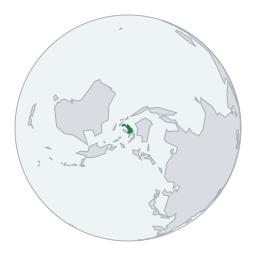 the Earth from above Sulawesi Selatan, rotated 141°
{"feature_id": "IDN-1236", "entity_name": "Sulawesi Selatan", "entity_type": "Province", "adm_level": 1, "iso_a3": "IDN", "parent_name": "Indonesia", "parent_adm1": "", "projection": "orthographic", "projection_center": [120.285, -4.627], "detail": "fine", "context": "on_globe", "style": "filled", "palette": "green", "viewbox_px": 256, "rotation_deg": 141, "n_neighbors": 0, "source": "natural_earth", "source_scale": "10m", "svg_char_len": 8721}
<svg xmlns="http://www.w3.org/2000/svg" viewBox="0 0 256 256"><g transform="rotate(141 128 128)"><circle cx="128" cy="128" r="113" fill="#eef3f6" stroke="#a8b0b8"/><path d="M221.5,154.7L221.3,155.5L221.2,155.6L221.5,154.7ZM188.6,33.0L190.3,34.2L191.3,35.3L187.8,32.6L186.4,31.7L188.6,33.0ZM185.6,31.2L185.2,31.1L182.9,29.8L181.4,29.1L178.7,27.6L176.9,26.5L175.1,25.7L174.9,25.7L172.0,24.5L172.6,24.6L167.7,22.7L165.9,21.9L176.0,26.1L185.6,31.2ZM234.0,90.7L233.1,88.2L233.8,89.7L234.0,90.7ZM232.4,86.7L232.7,87.6L232.4,86.9L232.4,86.7ZM232.1,86.3L232.3,86.6L232.2,86.5L232.1,86.3ZM231.8,86.0L232.0,86.1L231.8,86.0ZM231.0,84.7L230.8,84.3L230.8,84.1L231.0,84.7ZM181.7,29.2L182.4,29.7L181.3,29.2L181.7,29.2ZM176.1,26.6L174.1,25.8L175.9,26.4L176.1,26.6ZM172.8,25.2L167.9,23.6L169.1,24.3L162.9,21.6L169.1,23.6L171.0,24.2L171.2,24.4L172.8,25.2ZM160.3,20.5L158.8,20.0L160.0,20.3L160.3,20.5ZM31.5,69.9L38.1,60.2L37.9,60.4L44.5,52.4L45.3,52.2L46.7,50.6L49.2,47.6L52.5,44.6L50.5,46.3L57.5,40.1L65.1,34.6L73.0,29.7L81.4,25.5L84.0,24.3L83.6,24.5L87.9,22.7L87.9,22.8L85.1,23.9L90.7,22.0L91.8,22.0L93.2,21.6L94.5,21.0L95.0,21.7L96.0,21.4L96.3,21.0L98.5,20.1L102.7,18.9L102.6,19.2L101.1,19.7L97.9,21.3L93.9,22.8L94.3,22.8L97.7,21.7L101.7,19.6L104.2,18.9L102.8,19.6L103.5,19.3L104.7,19.0L105.9,19.2L107.7,18.3L121.4,16.4L125.0,16.9L122.2,17.5L131.7,17.8L135.1,19.0L135.3,18.6L140.0,18.8L139.0,18.4L139.5,18.2L151.1,19.6L153.8,20.5L159.0,21.2L157.4,20.5L162.9,21.6L169.1,24.3L168.6,24.5L172.8,26.4L170.9,26.6L171.3,28.0L166.7,27.6L167.5,29.0L169.1,29.6L171.2,32.3L170.2,36.1L164.0,30.0L164.2,25.4L163.5,26.8L161.5,25.7L160.0,25.9L159.7,27.2L160.9,27.8L149.6,27.4L144.7,31.3L150.1,31.9L152.8,34.0L152.0,40.8L138.9,49.3L142.4,53.6L142.1,56.1L138.0,57.1L138.3,53.4L134.8,51.6L135.6,49.5L129.2,50.4L130.0,47.6L124.6,50.0L125.9,52.5L131.2,52.5L126.2,56.3L130.7,61.3L130.4,66.9L120.0,76.2L110.7,78.7L109.9,80.6L106.7,78.2L101.6,81.8L107.2,93.3L106.8,96.6L98.9,102.5L98.9,100.0L90.2,93.7L88.0,101.6L94.6,108.6L96.9,116.7L91.6,114.0L89.4,106.9L86.3,104.4L87.5,97.4L85.7,87.3L80.4,89.1L81.2,85.1L77.9,77.2L70.4,79.8L58.4,90.5L56.1,101.0L52.3,105.8L49.1,91.1L50.5,81.4L47.6,82.5L45.8,75.0L37.7,75.5L38.1,73.2L36.2,74.6L35.2,72.6L36.4,68.9L35.0,69.5L32.3,79.3L33.9,78.8L37.4,74.5L36.1,78.2L37.3,81.2L30.5,91.1L21.0,101.4L22.7,93.7L28.9,74.6L30.2,72.3L30.3,72.1L30.5,71.6L28.4,75.4L29.8,72.9L31.5,69.9ZM50.2,46.5L49.0,47.8L48.2,48.5L50.2,46.5ZM29.7,73.0L24.3,85.0L22.1,91.1L20.8,101.9L20.3,103.2L20.7,105.4L25.0,101.5L24.5,104.1L20.8,117.0L17.1,135.8L19.1,147.4L21.4,157.6L22.3,165.3L25.6,173.1L26.6,176.4L28.9,180.9L31.6,186.1L33.7,189.6L29.5,182.6L25.8,175.3L22.6,167.7L20.0,160.0L18.0,152.1L16.5,144.0L15.6,135.9L15.4,127.8L15.7,119.6L16.6,111.5L18.1,103.4L20.1,95.5L22.8,87.8L26.0,80.3L29.7,73.0ZM43.6,57.2L45.8,57.2L49.4,51.9L50.6,51.6L51.3,50.0L49.6,51.5L52.3,47.4L54.9,45.8L57.0,43.7L56.3,43.6L51.1,47.3L47.3,53.1L44.8,55.4L43.6,57.2ZM36.5,62.4L36.8,62.0L35.8,63.3L36.5,62.4ZM69.9,208.5L72.2,209.9L71.0,210.1L69.9,208.5ZM26.0,154.5L30.2,173.0L28.8,173.5L26.3,168.3L23.1,157.2L24.0,153.7L23.8,148.5L26.0,154.5ZM125.4,137.7L128.9,138.5L128.8,139.0L125.4,137.7ZM121.8,135.5L125.7,136.0L121.1,136.7L121.8,135.5ZM127.3,136.2L131.3,135.5L133.1,134.8L132.8,135.9L127.3,136.2ZM119.1,135.4L104.8,134.4L99.2,132.7L100.5,130.8L109.5,131.7L119.1,135.4ZM100.0,130.7L91.6,124.9L80.6,109.1L84.5,109.4L96.1,119.1L95.4,120.7L100.5,125.2L100.0,130.7ZM120.7,121.8L119.9,126.8L111.9,125.8L108.3,124.8L105.9,118.3L107.2,115.1L110.2,115.4L121.8,105.5L125.8,108.4L122.2,112.6L125.5,117.1L120.7,121.8ZM56.5,102.0L58.1,108.3L56.1,109.4L56.5,102.0ZM126.8,98.5L122.0,102.7L126.5,97.0L126.8,98.5ZM129.7,93.1L129.9,95.4L128.1,93.0L129.7,93.1ZM109.6,83.6L106.5,83.9L106.5,82.4L110.5,81.0L109.6,83.6ZM130.1,71.8L129.6,76.1L128.8,77.6L127.7,74.8L130.1,71.8ZM106.8,17.6L101.2,18.8L97.1,19.8L94.9,20.6L95.6,20.2L101.8,18.5L106.8,17.6ZM119.6,16.4L121.5,16.1L122.3,16.2L122.0,16.3L119.6,16.4ZM119.6,16.2L118.8,16.0L120.9,15.8L121.1,16.0L119.6,16.2ZM194.9,197.3L195.9,198.8L192.7,201.8L188.3,204.6L184.4,204.7L194.9,197.3ZM163.5,199.4L163.4,194.9L168.0,195.4L166.1,199.0L163.5,199.4ZM197.9,195.3L200.8,192.0L201.9,187.0L201.5,191.7L203.8,192.9L196.9,198.8L197.9,195.3ZM146.4,179.1L124.4,185.1L119.5,183.6L120.5,180.2L115.8,169.3L117.4,169.6L116.1,162.6L129.1,157.3L138.3,146.8L145.7,148.3L151.1,141.0L158.8,142.5L156.6,148.6L164.6,154.0L169.9,140.5L174.9,156.8L180.8,163.5L182.5,174.2L172.3,190.0L166.4,192.4L165.2,190.4L162.8,191.9L158.9,190.4L156.6,184.3L154.2,185.7L156.5,181.7L153.0,185.0L150.9,181.1L146.4,179.1ZM201.1,160.4L202.3,161.2L204.1,164.6L202.3,163.5L201.1,160.4ZM218.5,156.9L219.0,158.4L217.9,158.3L218.5,156.9ZM221.2,155.6L219.8,155.6L221.5,154.7L221.2,155.6ZM207.1,152.8L207.7,153.9L207.2,154.2L207.1,152.8ZM206.7,152.3L207.4,150.9L207.3,152.5L206.7,152.3ZM201.2,142.4L201.9,141.8L202.2,142.5L201.2,142.4ZM134.1,139.0L139.0,135.5L141.7,135.5L134.1,139.0ZM200.2,140.4L198.4,139.9L198.6,139.1L200.2,140.4ZM200.3,138.6L200.1,137.4L201.2,140.3L200.3,138.6ZM196.9,135.2L199.1,137.7L196.7,135.4L196.9,135.2ZM195.6,135.2L194.1,133.9L194.2,133.6L195.6,135.2ZM178.2,133.1L184.0,140.9L179.4,139.8L174.2,134.7L170.3,137.9L161.2,135.8L163.2,133.8L162.0,129.9L152.7,127.2L150.8,124.6L154.1,123.5L148.0,120.9L154.7,120.7L157.4,125.8L161.2,122.7L167.8,124.6L174.2,127.3L179.5,131.9L178.2,133.1ZM154.8,131.2L155.9,131.4L154.9,132.7L154.8,131.2ZM191.1,130.6L193.4,133.5L193.1,134.0L192.0,133.4L191.1,130.6ZM180.7,131.3L186.3,128.4L187.6,128.8L183.9,132.5L180.7,131.3ZM184.9,125.5L187.5,126.6L188.9,129.2L188.4,129.7L184.9,125.5ZM141.2,125.1L140.9,126.4L139.2,125.2L141.2,125.1ZM143.4,124.6L148.6,126.6L142.9,125.7L143.4,124.6ZM127.8,118.4L129.3,121.7L134.0,120.1L130.4,122.7L133.7,128.1L132.6,130.0L129.3,124.1L128.3,129.8L126.2,129.5L125.0,124.4L127.1,118.6L129.2,116.4L137.7,116.2L127.8,118.4ZM143.3,120.8L141.9,117.0L143.0,114.7L144.5,116.8L143.3,120.8ZM138.0,108.1L134.5,103.7L131.2,104.9L137.9,100.0L140.2,105.0L138.0,108.1ZM135.1,99.0L132.1,100.1L135.3,97.2L135.1,99.0ZM131.3,98.7L131.1,96.0L133.5,96.6L131.3,98.7ZM136.7,99.3L137.5,94.8L138.6,97.6L136.7,99.3ZM130.3,89.9L135.3,94.8L128.7,92.3L128.8,83.7L131.7,83.8L130.3,89.9ZM148.9,59.9L148.4,57.8L151.1,57.7L150.7,59.1L148.9,59.9ZM159.5,56.4L151.7,57.0L145.4,58.0L147.1,59.2L145.4,62.5L142.9,58.9L147.6,55.7L152.3,55.6L153.4,53.0L157.0,51.8L156.7,48.5L158.4,47.4L160.1,50.5L159.5,56.4ZM156.4,47.1L157.1,41.9L162.1,43.6L163.0,45.1L160.6,46.7L158.1,45.7L156.4,47.1ZM158.8,41.3L156.4,40.4L152.6,32.9L153.0,31.9L158.5,37.9L156.6,37.4L156.6,39.1L158.8,41.3ZM159.1,20.2L158.8,20.1L159.9,20.4L159.1,20.2ZM138.8,18.0L139.6,17.8L140.9,18.1L138.8,18.0ZM142.6,17.6L140.6,17.4L142.7,17.5L142.6,17.6ZM136.1,17.0L139.8,17.2L136.2,17.2L136.1,17.0Z" fill="#d9dde1" stroke="#a8b0b8" stroke-width="1"/><path d="M129.6,124.6L129.5,124.4L129.5,124.5L129.4,124.5L129.4,124.4L129.5,124.4L129.5,124.2L129.4,124.1L129.2,124.1L128.9,124.1L128.7,124.2L128.5,124.3L128.0,124.6L127.9,124.7L127.9,124.8L128.0,124.9L128.0,125.0L128.2,125.3L128.3,125.3L128.2,125.4L128.2,125.5L128.2,125.8L128.3,125.9L128.3,126.1L128.3,126.3L128.2,126.4L128.2,126.5L128.1,127.0L128.2,127.3L128.2,127.5L128.2,127.8L128.3,127.9L128.3,128.0L128.2,128.3L128.0,128.5L128.0,129.0L128.1,129.3L128.2,129.5L128.3,129.8L128.3,130.0L128.3,129.9L128.2,129.9L128.1,129.7L128.0,129.8L127.9,129.8L127.7,129.9L127.4,129.8L127.2,129.9L127.2,130.0L126.9,130.1L126.7,130.0L126.7,129.9L126.6,130.0L126.6,129.9L126.4,129.8L126.3,129.7L126.2,129.6L126.2,129.4L126.2,129.1L126.3,129.0L126.4,128.9L126.4,128.7L126.5,128.6L126.4,128.3L126.5,128.2L126.6,127.9L126.7,127.6L126.7,127.4L126.7,127.2L126.7,126.9L126.7,126.7L126.7,126.8L126.6,126.7L126.5,126.4L126.4,126.3L126.4,126.2L126.5,125.9L126.4,125.8L126.4,125.6L126.4,125.4L126.3,125.2L126.5,125.2L126.7,124.9L126.5,124.6L126.5,124.4L126.8,124.3L127.0,124.2L126.9,123.9L126.9,123.7L126.7,123.4L126.7,123.2L127.0,123.0L127.1,122.9L127.2,122.7L127.3,122.7L127.5,122.6L128.0,122.6L128.3,122.5L128.5,122.9L128.6,123.0L128.9,123.3L129.0,123.3L130.1,123.5L130.3,123.6L130.5,123.8L130.9,124.0L131.0,124.2L131.0,124.3L130.9,124.4L130.6,124.7L130.5,124.8L130.4,124.8L130.1,124.7L129.9,124.6L129.7,124.6L129.6,124.6ZM128.5,130.6L128.5,130.8L128.5,131.0L128.5,131.3L128.4,131.4L128.4,131.5L128.4,131.2L128.3,130.9L128.3,130.7L128.3,130.4L128.4,130.2L128.4,130.3L128.5,130.4L128.5,130.5L128.5,130.6ZM128.9,132.8L129.0,132.8L128.9,132.9L128.8,133.0L128.7,132.9L128.6,132.7L128.8,132.7L128.9,132.8L128.9,132.8ZM129.3,133.2L129.5,133.2L129.5,133.3L129.4,133.3L129.2,133.3L129.2,133.2L129.1,133.3L129.0,133.2L129.3,133.2ZM130.9,133.3L131.0,133.3L131.0,133.5L130.9,133.5L130.9,133.4L130.9,133.3Z" fill="#22c55e" stroke="#15803d" stroke-width="1.5"/></g></svg>